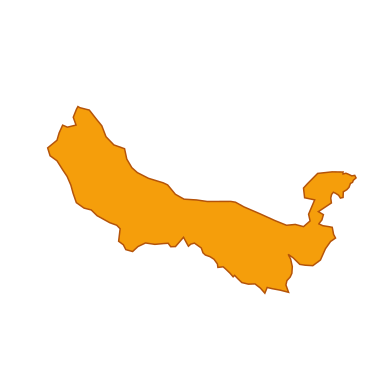 Mamountali, Paphos, Cyprus, rotated 23°
{"feature_id": "46923920B96361744378997", "entity_name": "Mamountali", "entity_type": "district", "adm_level": 2, "iso_a3": "CYP", "parent_name": "Cyprus", "parent_adm1": "Paphos", "projection": "orthographic", "projection_center": [32.61, 34.916], "detail": "fine", "context": "isolated", "style": "filled", "palette": "amber", "viewbox_px": 384, "rotation_deg": 23, "n_neighbors": 0, "source": "geoboundaries", "source_scale": "gbopen_adm2", "svg_char_len": 1946}
<svg xmlns="http://www.w3.org/2000/svg" viewBox="0 0 384 384"><g transform="rotate(23 192 192)"><path d="M323.2,114.6L313.1,118.7L300.4,125.8L295.1,139.1L293.1,144.8L297.9,153.3L308.0,151.3L308.0,157.3L308.0,166.9L312.0,172.5L308.2,180.3L299.7,181.5L292.0,185.7L279.2,185.9L262.9,185.5L245.6,185.4L236.0,184.4L231.4,185.5L209.7,194.8L199.4,197.5L187.5,201.7L177.6,200.6L166.8,195.0L161.9,194.8L146.6,196.4L134.1,195.5L127.1,193.1L119.1,187.2L113.0,178.5L101.7,179.2L91.2,174.7L83.1,166.3L75.9,162.5L65.4,156.7L63.0,157.1L55.8,158.2L53.6,157.9L53.3,160.9L53.5,169.6L59.1,175.7L52.0,181.0L46.8,181.0L46.6,189.5L47.5,197.1L41.9,207.8L45.0,211.5L47.2,214.1L55.5,216.0L64.3,222.1L71.0,226.5L77.8,233.0L83.1,239.7L89.7,247.0L98.9,249.0L106.3,247.9L113.9,250.9L128.3,252.4L135.7,252.0L140.2,253.9L143.7,266.0L149.4,267.4L153.6,270.9L160.6,270.0L163.6,263.3L169.1,257.1L178.3,254.7L186.1,250.5L190.1,248.5L193.8,250.7L198.1,248.7L201.9,237.0L207.4,241.4L209.9,243.3L211.3,240.4L214.2,238.1L222.4,239.9L225.9,243.7L228.9,244.8L233.9,244.5L238.5,245.3L243.5,248.3L245.3,251.3L249.9,248.7L252.4,249.5L258.5,251.8L263.0,254.0L263.8,252.1L267.8,253.8L273.2,255.9L279.9,254.8L285.9,252.0L292.4,253.7L298.6,256.7L298.5,250.5L303.4,249.7L311.5,247.9L320.1,246.6L318.5,244.9L314.8,240.9L314.0,236.5L315.6,231.9L315.7,227.8L313.5,221.5L309.0,215.2L304.9,211.8L305.4,211.9L310.9,213.1L319.5,216.5L324.7,215.2L332.0,212.6L336.8,204.4L336.8,204.1L337.0,192.4L337.0,192.1L338.9,183.4L342.1,178.3L338.9,175.7L334.9,169.7L331.6,170.4L325.6,171.9L321.2,171.8L321.2,171.5L322.5,167.0L321.8,161.5L316.0,160.7L324.6,147.6L322.1,143.4L321.5,139.9L321.5,139.6L322.2,137.0L324.8,137.1L328.2,137.7L331.0,139.6L333.2,138.0L331.2,132.7L331.3,132.6L333.6,129.4L334.7,126.4L334.5,122.4L334.6,122.1L336.0,120.4L335.9,118.2L337.5,114.9L335.3,113.1L332.8,114.7L328.5,114.5L326.3,114.6L324.0,116.4L323.2,114.8L323.2,114.6Z" fill="#f59e0b" stroke="#b45309" stroke-width="1.5"/></g></svg>